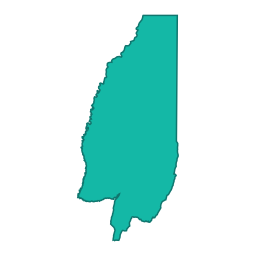 Santa Bárbara, Jujuy, Argentina
{"feature_id": "61730980B61196907081286", "entity_name": "Santa Bárbara", "entity_type": "district", "adm_level": 2, "iso_a3": "ARG", "parent_name": "Argentina", "parent_adm1": "Jujuy", "projection": "equal_earth", "projection_center": [-64.663, -24.013], "detail": "fine", "context": "isolated", "style": "filled", "palette": "teal", "viewbox_px": 256, "rotation_deg": 0, "n_neighbors": 0, "source": "geoboundaries", "source_scale": "gbopen_adm2", "svg_char_len": 5740}
<svg xmlns="http://www.w3.org/2000/svg" viewBox="0 0 256 256"><path d="M113.1,240.1L113.6,239.9L114.6,240.6L115.6,240.1L118.8,240.3L119.9,237.5L120.2,234.7L121.8,231.2L122.8,230.4L124.8,230.9L126.5,230.7L126.9,229.0L128.9,226.5L129.6,226.2L129.7,225.5L129.4,223.7L129.5,222.3L130.5,220.6L130.7,219.4L131.1,218.7L131.5,218.4L131.7,217.5L132.3,216.8L133.2,216.8L133.9,217.3L135.1,217.0L137.5,217.3L138.5,218.0L139.1,219.0L139.8,219.6L140.8,219.3L141.6,220.8L144.1,221.6L144.9,221.7L145.6,221.1L146.0,221.0L147.2,221.8L148.3,221.3L148.7,222.1L149.5,222.2L150.3,221.8L150.8,220.8L151.3,220.7L151.5,220.4L151.9,218.7L153.0,217.2L153.6,217.8L154.0,217.5L154.7,217.7L156.3,215.1L157.2,214.7L157.8,213.0L160.6,208.3L160.8,207.8L160.6,206.5L160.9,204.4L161.9,202.1L162.7,201.3L164.1,200.6L164.4,200.2L165.8,199.8L166.9,195.4L168.4,194.6L170.5,190.8L171.0,190.2L171.8,188.4L172.2,186.7L173.1,185.2L173.1,184.2L174.0,181.3L174.0,180.3L174.8,178.7L174.9,177.1L175.5,176.0L176.1,175.7L175.9,175.0L175.3,174.4L174.8,174.1L174.0,174.1L173.9,173.5L174.2,173.1L174.8,169.4L175.2,168.1L176.2,166.2L176.0,165.2L176.2,162.6L176.9,160.7L177.1,158.6L178.1,156.2L178.1,154.9L177.5,152.5L177.4,150.5L177.6,149.4L177.5,148.6L177.5,146.8L177.7,145.9L177.7,143.4L176.4,141.3L177.3,15.4L143.2,15.4L142.8,16.1L142.8,16.9L142.0,19.6L139.4,22.9L138.6,24.8L138.5,25.9L138.3,26.3L136.4,28.0L136.2,28.7L136.3,29.2L136.8,29.5L137.9,29.6L137.9,30.3L136.3,32.9L136.3,33.6L137.0,34.8L137.1,35.4L136.5,36.8L135.1,37.4L134.7,38.0L134.0,40.3L133.4,40.7L130.6,41.6L130.8,43.1L128.9,45.6L127.5,45.8L125.8,45.7L125.3,46.2L124.9,47.2L124.2,50.2L123.8,50.9L123.1,51.4L123.0,52.0L122.6,52.3L121.4,52.7L121.0,53.3L121.0,54.6L121.5,55.3L121.8,56.3L121.5,57.0L121.0,57.1L119.4,56.5L117.1,56.8L115.0,58.4L113.1,59.0L112.2,59.8L111.7,60.7L111.8,62.3L111.1,62.2L108.8,62.6L107.6,63.2L107.3,63.8L107.2,65.7L108.0,66.9L107.7,67.5L106.8,68.3L106.2,69.6L106.2,70.7L106.4,71.9L106.0,74.3L106.6,77.0L106.2,77.5L105.1,77.6L104.7,78.2L104.1,81.1L103.7,82.1L103.8,83.1L103.5,83.9L102.5,83.8L102.1,83.5L100.4,83.1L99.9,83.4L99.7,84.0L100.2,84.5L100.2,85.4L99.9,85.9L98.8,86.4L98.6,87.3L98.8,88.5L99.9,89.8L99.9,90.5L99.0,92.1L98.7,92.0L98.4,91.3L97.9,90.7L97.6,90.6L97.2,90.8L97.2,91.4L98.3,92.9L98.2,93.1L97.9,93.1L97.7,92.3L97.3,92.2L97.2,93.4L96.1,94.5L96.2,95.3L96.9,95.6L97.1,96.5L96.2,97.2L94.7,96.8L94.3,97.3L94.0,98.7L94.3,100.0L93.9,101.6L93.9,102.5L93.5,103.5L91.7,105.5L91.8,105.7L92.4,105.7L92.7,106.0L92.8,106.4L92.5,106.8L92.5,107.3L92.9,107.7L93.5,107.6L93.7,107.8L93.8,108.3L93.6,108.7L93.3,108.9L92.8,108.4L92.6,108.5L92.5,109.8L92.3,109.8L91.8,109.2L91.3,109.1L90.8,109.6L90.9,110.7L90.5,111.8L91.2,112.4L91.3,113.6L91.9,114.1L91.6,114.5L91.4,114.4L91.3,114.0L91.1,114.0L91.0,114.5L91.2,116.0L90.7,116.7L90.1,116.7L90.0,117.3L90.2,118.2L90.6,118.6L91.2,118.5L91.4,119.1L90.2,119.3L89.3,121.3L89.4,121.6L90.3,121.6L90.9,122.1L91.0,123.5L90.7,123.6L90.3,124.3L89.9,124.5L89.5,124.4L88.9,123.4L88.4,123.1L87.4,123.1L86.8,123.7L86.7,123.9L87.0,124.6L87.1,125.6L86.6,126.1L86.0,128.0L86.0,128.4L86.6,128.6L87.6,127.6L88.2,127.5L88.3,128.9L87.1,128.9L86.3,129.7L86.3,130.6L87.0,130.8L85.6,131.7L85.7,132.2L85.5,132.8L85.9,133.4L85.5,134.7L85.3,134.7L84.9,134.2L84.5,134.2L84.4,134.4L83.8,134.7L84.1,135.8L83.7,136.9L83.3,137.3L83.0,137.3L82.7,136.7L82.2,136.8L82.2,137.9L82.7,138.4L83.0,138.9L83.3,138.8L83.4,139.4L83.9,139.5L83.9,139.8L83.3,140.8L83.0,140.6L82.2,140.8L82.7,142.3L82.2,143.1L82.1,144.2L82.3,145.2L82.2,145.7L82.5,145.9L82.5,146.6L81.2,147.3L81.5,147.6L81.5,148.2L82.1,148.3L82.3,148.6L82.3,149.1L81.9,149.5L81.9,150.4L82.2,152.1L82.9,153.3L82.7,154.0L82.9,154.7L83.1,155.0L83.6,155.1L83.7,155.8L84.0,156.1L84.0,158.3L84.7,159.2L84.2,160.3L85.0,160.7L85.1,161.6L85.5,161.9L86.1,162.9L85.9,164.0L86.4,165.2L86.4,166.6L86.3,167.1L85.9,167.2L85.6,168.4L86.1,168.6L86.2,169.2L85.9,170.2L86.1,172.8L85.1,172.8L85.0,173.3L85.5,173.4L85.6,173.9L85.5,174.5L85.1,174.7L85.2,175.5L84.6,176.8L84.3,176.7L83.9,177.1L83.8,177.7L84.0,178.5L84.0,179.3L83.7,178.7L83.3,178.8L83.3,179.3L83.7,179.5L83.4,180.1L83.1,180.2L83.4,180.9L83.4,182.0L82.9,182.0L82.8,182.3L83.0,182.6L83.3,182.4L83.4,182.9L83.1,183.4L82.5,183.8L82.9,184.9L82.2,186.2L81.8,188.2L81.3,188.8L80.7,188.3L80.5,188.5L80.5,189.0L80.8,189.9L80.2,191.3L79.9,191.1L79.9,190.5L79.8,190.1L79.4,190.2L79.3,190.9L79.7,191.4L79.7,192.8L79.0,194.1L78.6,194.1L78.6,193.7L78.3,193.6L78.1,193.9L78.0,194.4L78.2,194.7L78.3,195.1L78.0,195.2L77.9,195.6L78.0,196.4L77.9,196.9L78.5,196.6L78.4,197.4L78.9,197.2L79.1,197.5L78.8,197.6L79.2,197.8L79.3,197.5L79.7,197.7L80.0,198.5L80.2,198.4L80.3,198.1L80.0,198.0L80.1,197.8L81.1,198.0L81.3,198.4L82.3,198.8L82.4,199.2L82.7,199.1L83.1,199.3L83.1,199.9L83.5,199.8L83.9,200.4L84.0,200.2L85.2,200.5L85.4,201.0L86.3,201.4L86.7,201.1L86.9,201.3L88.2,201.3L89.2,201.7L89.7,201.5L90.2,201.7L91.8,201.0L93.2,201.7L93.9,201.5L94.3,201.6L95.0,201.2L95.5,201.3L96.5,201.1L97.1,201.3L98.0,200.6L99.0,200.9L99.5,201.2L100.2,200.4L100.9,200.5L101.4,200.3L102.2,199.7L103.0,199.6L103.8,199.1L104.0,198.6L104.7,198.5L105.4,198.1L106.1,198.4L107.2,198.0L108.4,198.3L109.1,197.9L111.6,199.0L112.5,198.9L113.2,199.3L113.6,199.2L113.8,198.4L114.1,197.8L114.4,197.6L114.9,197.7L115.0,197.4L115.6,197.5L117.0,196.9L117.2,196.2L117.4,196.1L117.4,195.2L118.0,195.1L118.9,194.1L119.5,193.8L119.2,194.9L118.3,196.4L116.3,198.8L115.3,199.6L115.1,200.6L114.7,201.2L114.4,204.1L114.2,204.6L113.4,207.7L113.3,208.4L113.6,209.4L113.6,210.1L112.9,213.3L112.6,213.9L112.5,215.2L111.5,217.4L111.4,219.0L110.8,221.1L110.8,221.7L111.0,222.2L110.8,222.9L110.7,224.1L113.9,227.3L114.6,228.6L114.6,229.2L115.0,229.9L115.0,230.3L113.6,235.5L113.6,236.7L113.2,238.7L113.1,240.1Z" fill="#14b8a6" stroke="#0f766e" stroke-width="1.5"/></svg>